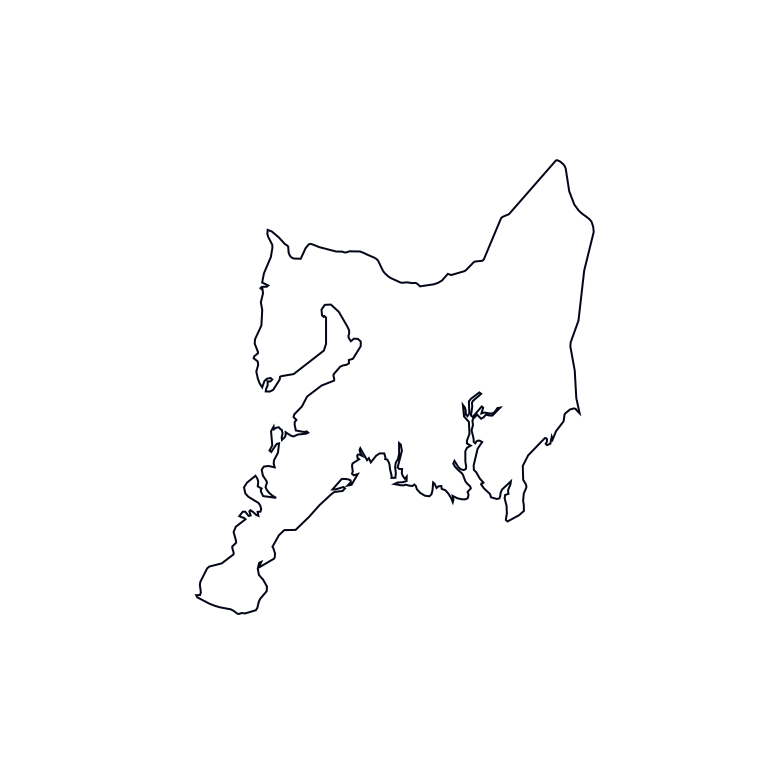 an SVG outline of Vesturland, rotated 311°
{"feature_id": "ISL-710", "entity_name": "Vesturland", "entity_type": "Region", "adm_level": 1, "iso_a3": "ISL", "parent_name": "Iceland", "parent_adm1": "", "projection": "orthographic", "projection_center": [-22.162, 64.9], "detail": "fine", "context": "isolated", "style": "outline", "palette": "ink", "viewbox_px": 768, "rotation_deg": 311, "n_neighbors": 0, "source": "natural_earth", "source_scale": "10m", "svg_char_len": 6166}
<svg xmlns="http://www.w3.org/2000/svg" viewBox="0 0 768 768"><g transform="rotate(311 384 384)"><path d="M452.7,547.7L454.2,545.2L448.1,548.7L444.9,547.2L444.9,545.3L447.3,544.8L449.4,543.1L449.4,541.7L448.5,541.0L449.4,540.9L424.7,539.6L413.2,542.5L403.0,551.9L401.4,556.8L400.3,558.5L399.1,559.4L393.1,561.3L386.9,565.8L385.0,568.3L380.0,572.9L373.5,572.0L361.3,567.4L361.3,565.1L367.0,561.6L372.4,556.5L376.9,550.0L379.8,548.2L382.7,550.0L385.2,547.3L391.2,545.3L393.8,543.6L381.7,542.3L378.0,543.6L375.4,545.4L373.3,546.1L371.2,544.5L368.7,539.1L370.5,536.2L370.8,528.0L371.9,523.2L372.8,522.8L373.8,523.7L374.8,523.8L375.5,518.4L377.9,511.5L378.1,508.2L381.5,505.0L396.6,497.1L404.6,496.2L404.0,493.4L402.7,491.9L401.0,491.4L399.1,491.8L399.1,489.8L401.5,487.5L406.6,480.4L411.1,478.3L414.6,474.6L416.4,474.1L422.0,474.5L421.5,480.1L424.2,481.0L427.7,481.1L429.4,484.3L431.2,486.5L442.4,487.2L440.2,485.4L435.5,485.9L433.1,485.3L431.2,483.2L428.2,478.3L425.7,476.8L431.2,474.4L431.2,472.5L417.3,472.6L417.3,470.3L424.9,465.4L427.4,462.8L429.6,462.2L440.3,463.8L440.2,461.5L429.8,459.3L426.5,459.5L417.9,467.6L414.5,468.1L414.5,466.0L418.0,462.6L419.3,460.3L420.0,457.2L412.0,465.7L411.1,472.9L402.6,481.1L395.6,483.8L393.5,485.6L394.4,489.9L390.4,488.5L386.6,489.5L378.8,496.3L375.6,500.2L373.5,501.5L371.3,500.6L369.9,497.6L370.1,494.5L372.2,487.6L369.4,488.5L368.1,492.0L367.7,496.8L367.7,501.7L367.2,503.2L364.0,509.2L363.4,512.0L363.3,516.1L362.2,518.0L357.3,517.9L356.1,520.2L354.9,521.1L352.5,522.1L350.3,521.0L347.9,518.2L345.8,514.1L344.6,509.2L342.3,512.3L339.9,513.5L341.9,509.5L343.5,504.6L344.1,499.9L342.7,496.4L344.6,494.2L342.5,492.2L340.0,491.9L341.9,487.6L341.9,485.7L335.7,490.3L331.9,492.2L329.0,491.9L326.5,488.1L325.6,482.9L326.1,478.0L328.0,474.7L328.0,472.8L325.7,472.4L324.0,470.0L322.1,466.2L320.4,465.3L318.5,463.0L315.2,457.4L318.6,458.9L322.1,462.5L325.6,464.7L329.0,461.9L326.2,461.9L327.0,458.4L328.3,456.0L331.7,453.4L329.9,451.2L329.9,449.1L345.4,441.3L349.3,436.3L349.3,434.1L341.0,441.4L336.6,443.7L332.2,444.6L328.6,446.9L324.5,451.4L320.7,454.1L318.0,451.2L319.8,449.9L323.5,444.6L326.2,441.7L327.8,439.5L329.1,436.2L328.1,434.1L329.3,433.5L331.8,429.8L328.8,426.3L324.8,425.1L316.2,425.5L318.1,421.2L315.4,421.2L320.0,408.2L318.6,408.6L317.4,409.8L316.3,411.9L315.4,414.6L314.6,411.7L313.5,410.5L312.3,410.8L310.9,412.4L310.9,414.6L303.5,412.4L301.4,413.4L297.5,417.8L295.3,418.7L295.2,421.1L298.9,423.3L286.6,425.6L283.4,423.1L288.1,423.4L289.3,422.1L288.9,420.3L287.5,417.8L284.7,414.4L270.6,414.3L272.7,416.6L279.7,421.0L279.6,423.1L276.1,422.9L269.8,417.3L266.0,416.5L266.9,416.6L250.2,414.8L234.3,414.6L215.9,413.0L208.3,404.6L201.0,403.9L188.0,406.6L187.9,407.5L184.6,413.0L181.6,415.2L180.0,415.6L164.6,410.4L166.0,409.1L169.3,408.1L167.1,407.1L161.9,409.8L157.8,414.9L157.0,421.2L154.4,428.5L150.7,431.4L140.8,431.5L137.9,432.2L131.9,435.3L129.2,435.7L119.7,429.7L117.7,426.7L115.8,425.8L114.5,424.3L114.1,419.0L113.4,416.2L107.9,406.8L105.6,401.8L103.7,396.5L100.5,383.1L101.4,380.8L104.0,383.6L106.6,382.5L111.6,376.8L114.2,375.2L128.7,371.5L131.6,371.9L142.1,379.2L156.6,382.2L157.9,381.4L160.4,377.5L161.7,376.1L167.2,376.5L168.6,375.2L173.6,367.6L179.1,365.8L191.1,368.2L191.1,365.8L190.4,364.9L189.3,361.5L194.9,361.2L196.6,363.0L195.6,368.3L197.3,369.6L199.6,365.9L201.1,366.0L201.5,369.0L201.4,373.4L202.1,375.7L204.6,372.5L206.6,374.5L209.0,373.4L211.0,370.5L211.9,367.4L209.9,355.6L210.4,351.2L214.1,346.2L219.6,345.3L230.4,347.2L229.4,350.8L227.7,353.2L223.9,355.9L224.8,360.2L223.2,360.5L222.1,361.7L220.1,366.3L227.3,377.3L226.5,372.6L226.5,368.6L227.1,365.3L228.5,362.2L232.9,360.3L233.8,358.6L235.4,352.7L239.1,347.9L242.9,347.5L246.4,350.7L249.4,356.2L251.5,353.0L254.3,351.0L262.5,349.1L270.4,343.7L268.3,342.3L258.7,343.5L258.7,341.2L264.3,340.0L274.2,329.8L279.5,328.6L277.7,330.7L280.1,331.3L282.3,332.9L282.0,335.7L282.3,336.9L280.4,339.7L276.4,341.9L274.9,343.7L278.9,344.0L281.1,343.2L283.1,341.4L283.9,347.5L285.0,350.1L289.4,352.2L295.3,357.7L297.5,358.7L297.5,356.7L295.9,355.7L294.4,353.7L291.1,347.9L294.8,343.1L296.7,341.6L299.4,341.5L299.7,337.4L302.2,336.2L313.2,336.8L324.0,334.2L341.9,337.9L353.8,344.1L355.1,343.2L357.1,340.4L358.4,339.6L368.3,339.6L371.0,340.8L373.8,343.0L376.6,344.0L379.1,341.7L382.6,344.0L397.3,341.6L400.8,338.6L400.9,334.7L398.5,331.6L394.5,330.9L395.8,326.8L397.4,325.4L399.3,324.6L401.7,322.3L403.3,318.7L408.8,302.6L409.1,291.8L404.9,287.4L399.2,288.0L395.1,292.2L395.1,294.3L396.1,294.3L396.1,296.7L376.3,313.9L369.8,316.7L332.2,309.3L322.7,301.5L321.3,300.8L318.8,302.4L306.8,304.2L303.3,302.7L300.8,299.6L302.8,298.3L306.7,297.1L309.7,294.3L310.7,296.0L311.6,296.6L314.1,296.7L314.1,294.4L311.2,292.2L307.8,291.8L301.5,294.3L302.9,289.7L305.3,285.2L309.7,279.4L315.9,276.5L318.2,273.8L317.9,268.7L319.8,267.9L324.5,268.7L325.7,267.5L329.6,260.0L333.1,257.3L347.7,253.1L360.0,243.5L364.8,237.5L373.1,233.2L376.1,229.8L375.3,229.3L375.3,227.9L377.2,228.1L380.5,231.7L382.4,232.0L380.6,225.5L388.7,220.8L405.6,215.3L413.6,210.4L415.8,208.3L419.0,200.2L420.6,197.6L424.0,195.1L425.5,199.4L425.6,208.6L424.6,217.1L425.0,220.3L424.8,221.6L420.6,225.8L419.2,228.5L418.8,230.6L419.1,232.5L419.9,234.1L423.9,239.0L435.1,235.7L440.0,235.6L441.4,236.5L442.4,238.3L444.8,245.3L452.6,261.0L456.4,265.5L457.4,267.8L458.3,269.0L461.4,270.8L468.3,279.0L469.9,283.6L470.4,285.7L473.0,293.9L473.4,296.3L473.2,298.6L468.6,309.3L468.1,312.4L468.0,316.7L468.4,319.7L471.4,329.8L472.3,331.3L476.1,335.0L478.5,338.9L480.9,341.4L481.3,342.5L481.5,343.9L481.3,347.1L491.8,356.1L495.7,358.4L500.2,359.9L509.0,359.9L510.3,363.2L521.8,370.6L523.7,371.2L534.7,371.8L536.2,372.4L541.4,377.3L543.5,377.6L585.9,363.6L587.8,363.8L594.2,366.9L665.1,367.1L666.3,367.5L667.4,370.6L667.5,374.9L666.9,377.7L665.7,379.9L651.0,397.3L644.3,409.8L642.6,417.3L642.5,421.4L643.2,429.7L643.0,432.2L642.5,434.4L640.0,438.6L636.4,442.5L600.9,460.7L559.4,489.2L537.8,497.6L534.6,500.0L519.3,519.1L499.6,538.3L490.2,550.9L490.5,546.6L490.9,545.5L490.6,544.1L490.0,543.2L486.8,541.1L480.8,540.1L479.2,540.4L473.7,544.0L461.2,544.8L452.7,547.7Z" fill="none" stroke="#020617" stroke-width="2"/></g></svg>